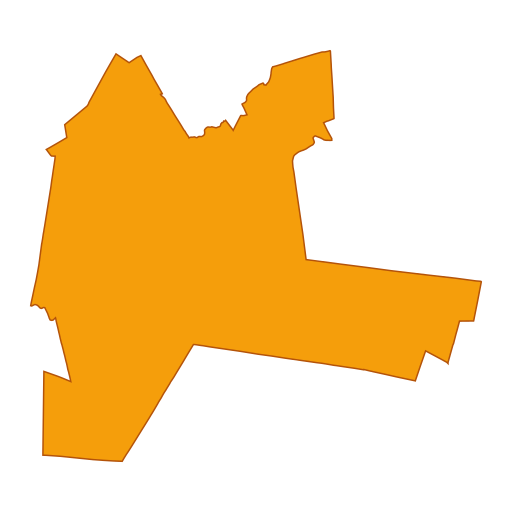 Puiesti, Buzau, Romania
{"feature_id": "2599482B61093461242490", "entity_name": "Puiesti", "entity_type": "district", "adm_level": 2, "iso_a3": "ROU", "parent_name": "Romania", "parent_adm1": "Buzau", "projection": "equal_earth", "projection_center": [27.232, 45.391], "detail": "fine", "context": "isolated", "style": "filled", "palette": "amber", "viewbox_px": 512, "rotation_deg": 0, "n_neighbors": 0, "source": "geoboundaries", "source_scale": "gbopen_adm2", "svg_char_len": 5892}
<svg xmlns="http://www.w3.org/2000/svg" viewBox="0 0 512 512"><path d="M122.2,461.3L122.5,460.8L123.6,458.9L124.0,458.2L126.6,454.0L127.9,452.1L129.5,449.6L131.3,446.8L141.9,429.7L146.4,422.5L148.8,418.6L149.0,418.3L150.6,415.6L153.2,411.4L157.6,403.9L158.5,402.2L160.1,399.6L160.9,398.4L162.7,395.1L164.1,392.7L165.4,390.7L165.7,390.3L166.2,389.4L166.8,388.4L167.6,387.1L169.0,384.8L169.8,383.5L170.5,382.1L170.9,381.5L171.8,380.2L173.9,377.0L176.4,372.8L182.9,362.1L184.9,358.7L188.6,352.5L192.6,345.9L193.4,344.6L193.6,344.5L193.8,344.5L196.0,344.7L201.1,345.5L202.9,345.7L209.4,346.8L240.3,351.3L258.1,354.2L272.1,356.1L285.5,358.2L317.0,362.7L321.3,363.2L325.8,363.9L333.8,365.3L336.3,365.6L343.6,366.7L354.0,368.2L363.8,369.8L363.9,369.5L370.5,371.1L371.7,371.3L373.1,371.7L374.1,371.9L386.0,374.5L395.7,376.7L399.9,377.6L415.0,380.8L415.3,380.9L420.2,366.4L425.6,350.9L435.2,356.0L440.4,358.8L446.8,362.3L448.0,363.5L448.0,363.2L448.1,362.1L448.2,361.7L449.5,357.1L450.4,353.8L451.1,351.3L452.0,348.1L452.9,344.9L453.5,343.7L455.8,334.7L456.3,332.9L457.2,329.7L458.5,324.9L459.4,321.5L459.4,321.2L459.5,321.1L471.2,321.0L473.6,321.0L473.9,319.8L474.2,318.1L477.5,301.6L480.7,285.0L481.3,281.8L481.2,281.6L481.0,281.4L480.7,281.3L478.3,281.1L475.8,280.9L455.6,278.2L426.5,274.9L392.8,270.9L391.1,270.7L388.1,270.3L368.0,267.6L341.3,264.2L306.1,259.6L302.9,234.4L296.2,188.8L293.9,172.1L293.0,167.3L292.7,164.0L292.5,160.9L293.3,157.6L293.7,156.2L294.7,154.9L297.8,152.5L299.1,151.7L301.6,150.7L303.2,150.2L305.0,149.4L306.3,148.8L307.7,147.8L310.0,146.3L310.8,145.8L312.2,145.1L313.1,144.5L313.9,143.3L314.2,142.7L314.3,142.1L314.1,141.4L313.6,139.8L313.3,139.0L313.1,138.3L313.2,137.5L313.7,137.0L314.4,136.3L314.9,136.0L315.4,135.9L316.0,136.2L317.7,136.8L319.2,137.4L319.6,137.5L320.2,137.8L321.3,138.3L323.0,139.2L324.0,139.9L324.6,140.0L325.4,140.2L326.4,140.3L327.5,140.3L330.2,140.4L331.8,140.3L331.8,138.6L327.4,130.7L323.6,122.7L324.6,122.3L326.7,121.3L327.3,121.1L328.5,120.8L329.7,120.3L333.8,118.7L334.0,118.5L334.0,117.8L333.5,108.5L333.4,105.2L333.2,98.0L333.2,97.6L332.4,84.6L332.0,77.9L331.3,67.5L331.2,64.8L330.4,51.2L330.3,50.9L330.0,50.7L329.9,50.7L328.2,51.2L324.9,51.9L322.0,52.0L318.1,53.1L314.4,54.1L303.3,57.5L299.8,58.5L299.5,58.6L283.9,63.5L283.5,63.7L276.3,65.9L273.6,66.6L272.7,66.8L272.3,67.5L271.8,68.3L271.6,69.2L271.4,70.3L271.3,71.3L271.1,72.1L271.1,72.8L271.0,73.9L270.6,76.2L270.3,77.8L270.1,78.2L269.7,79.4L269.0,81.1L268.8,81.6L268.4,82.2L267.5,83.2L266.6,84.2L266.3,84.5L266.0,85.1L264.0,84.8L263.8,84.7L263.7,83.8L263.6,83.5L263.3,83.2L263.1,83.1L262.8,83.1L262.6,83.2L262.1,83.4L261.5,83.7L261.1,83.8L260.0,84.3L259.5,84.5L259.1,84.7L258.8,84.9L257.8,85.8L256.6,86.7L254.5,88.1L253.3,88.9L252.6,89.5L251.9,90.3L251.2,91.0L250.2,92.0L249.4,92.7L248.5,93.7L247.9,94.4L247.3,95.6L246.8,96.6L246.6,97.3L246.5,98.3L246.5,98.9L246.6,99.8L246.6,100.2L246.5,100.6L246.0,101.4L245.3,102.2L244.4,102.8L243.2,103.4L242.0,104.1L242.5,105.3L242.7,105.7L243.8,107.7L247.0,114.8L245.5,115.2L243.8,115.6L243.2,115.6L242.3,115.6L241.6,115.5L241.3,115.5L241.0,115.5L240.7,115.6L240.6,115.8L239.0,118.9L235.6,125.5L233.2,130.3L233.1,130.1L225.6,120.3L225.2,120.8L224.8,121.1L224.3,121.2L223.9,121.0L223.7,121.0L223.6,121.3L223.4,121.7L223.1,122.3L222.7,122.5L222.4,122.6L222.0,122.6L221.7,122.9L221.1,123.7L220.8,124.0L220.5,125.5L220.2,126.1L219.9,126.4L219.2,126.7L218.6,126.9L217.6,127.2L217.0,127.5L216.1,127.8L215.2,127.6L214.3,127.4L213.5,127.2L213.0,127.1L212.3,126.9L211.9,126.8L211.6,126.8L211.2,127.0L210.8,127.1L209.8,127.2L208.6,127.0L208.0,127.0L207.5,127.1L206.8,127.5L206.0,128.1L205.6,128.6L205.2,129.0L204.6,129.9L204.5,130.4L204.5,130.8L204.6,131.5L204.7,132.4L204.6,133.5L204.5,134.3L204.1,134.9L203.3,135.6L202.8,136.0L201.8,136.5L201.3,136.6L200.9,136.6L200.3,136.5L199.7,136.5L198.9,136.5L198.5,136.7L197.9,137.0L197.5,137.4L196.9,137.6L196.4,137.6L195.9,137.5L195.3,137.2L194.9,137.0L194.4,136.9L193.7,137.0L192.9,137.1L192.4,137.2L192.0,137.2L191.6,137.2L191.3,137.1L191.0,137.2L190.7,137.2L190.2,137.3L189.7,137.6L189.4,137.7L189.0,137.9L188.9,137.6L188.5,136.8L188.2,136.3L187.9,135.8L187.5,135.2L187.1,134.8L186.6,134.0L185.6,132.4L185.1,131.4L184.8,131.1L184.2,130.4L183.7,129.7L181.2,125.5L178.9,121.8L175.2,116.0L172.9,112.2L170.9,108.9L168.6,105.3L167.8,104.1L167.1,103.0L166.0,100.9L165.8,100.3L165.1,99.1L164.6,98.5L164.1,97.9L163.0,96.9L162.6,96.5L162.0,96.1L161.5,95.8L160.5,94.3L161.2,94.0L161.5,94.0L161.9,94.0L162.3,93.8L161.8,92.8L158.1,86.3L153.9,79.0L152.0,75.4L146.2,65.2L140.9,55.6L137.0,57.4L129.1,62.7L116.0,53.9L110.1,64.1L105.6,72.0L89.0,102.3L88.6,103.5L88.4,104.0L87.6,105.4L87.0,106.1L86.7,106.4L64.7,124.7L66.8,137.6L59.4,142.0L49.9,147.5L46.3,149.5L46.9,150.2L49.4,153.6L50.7,155.3L51.5,156.0L55.2,156.2L54.9,159.5L54.8,159.9L54.1,164.8L53.2,170.7L52.3,177.0L51.8,180.1L50.8,187.6L46.7,213.3L44.6,226.4L44.1,229.2L43.8,231.3L43.3,233.9L43.0,236.0L42.6,238.7L41.9,242.9L41.7,243.7L38.8,265.6L38.7,266.0L37.5,272.8L36.5,278.1L36.2,279.7L34.9,285.5L34.7,286.3L32.7,295.8L31.3,302.3L30.7,305.7L31.7,306.0L33.5,305.1L34.6,304.6L35.5,304.6L36.8,305.0L38.4,306.1L39.4,307.3L40.3,308.1L41.4,308.4L42.1,308.2L43.1,307.6L43.9,307.5L44.8,307.7L47.6,313.4L49.0,317.3L49.3,318.3L49.8,319.1L49.9,319.6L50.1,319.9L50.3,320.0L50.6,320.1L51.3,320.3L51.6,320.3L52.1,320.3L53.4,319.9L54.3,318.9L55.5,317.8L55.8,319.0L56.1,320.5L56.1,320.9L56.2,321.2L56.8,323.7L57.7,327.3L58.3,329.9L58.9,332.6L59.2,333.7L59.6,335.5L59.8,336.4L60.3,338.7L60.8,340.7L61.3,342.9L61.9,344.7L62.6,347.4L63.3,350.1L63.9,352.7L64.7,355.7L66.0,361.3L66.3,362.3L66.7,363.8L66.8,364.3L67.4,367.2L67.8,369.3L68.6,372.0L70.0,377.8L70.8,381.6L61.9,377.9L57.5,376.2L43.9,371.4L43.8,380.0L43.6,395.3L42.9,455.2L46.2,455.3L60.7,456.3L78.4,458.1L93.2,459.6L101.8,460.2L102.8,460.3L114.4,461.0L122.2,461.3Z" fill="#f59e0b" stroke="#b45309" stroke-width="1.5"/></svg>